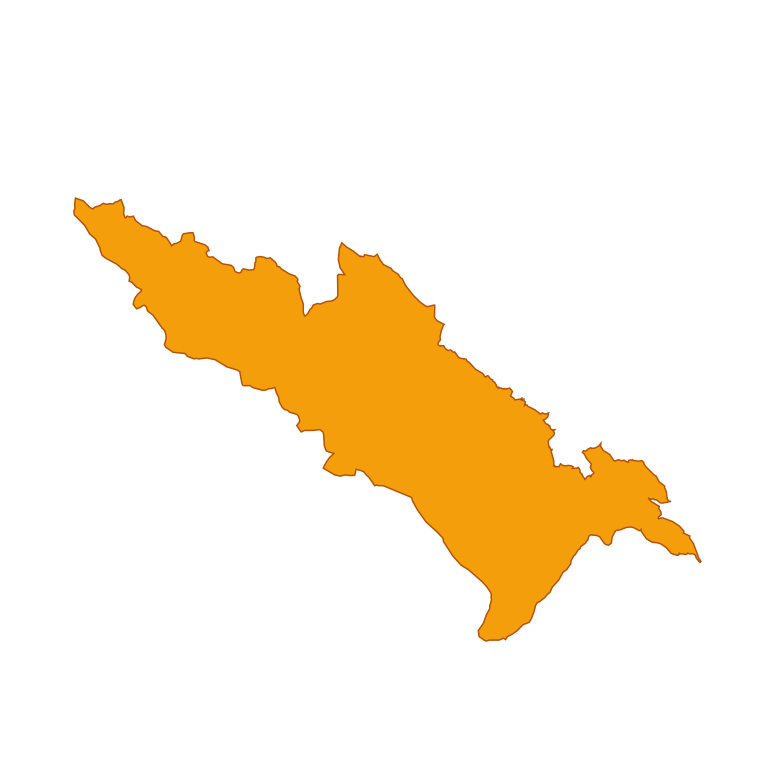 Toplita, Hunedoara, Romania (Robinson projection), rotated 45°
{"feature_id": "2599482B44400437971593", "entity_name": "Toplita", "entity_type": "district", "adm_level": 2, "iso_a3": "ROU", "parent_name": "Romania", "parent_adm1": "Hunedoara", "projection": "robinson", "projection_center": [22.735, 45.666], "detail": "fine", "context": "isolated", "style": "filled", "palette": "amber", "viewbox_px": 768, "rotation_deg": 45, "n_neighbors": 0, "source": "geoboundaries", "source_scale": "gbopen_adm2", "svg_char_len": 6137}
<svg xmlns="http://www.w3.org/2000/svg" viewBox="0 0 768 768"><g transform="rotate(45 384 384)"><path d="M625.1,491.8L629.9,495.4L637.1,494.0L638.3,493.1L639.5,490.7L646.4,483.8L648.4,479.1L650.7,478.8L649.9,475.3L651.5,470.3L652.6,464.4L652.5,456.1L655.2,449.7L654.1,445.6L650.8,438.4L647.8,433.5L647.0,430.3L647.9,427.9L648.7,421.1L648.3,417.4L648.6,413.6L646.6,408.6L646.2,399.1L643.7,390.7L644.4,385.9L643.2,379.2L641.2,376.7L639.6,370.7L639.9,369.4L638.6,363.9L639.0,361.8L638.1,359.9L639.0,353.9L638.3,352.5L638.5,350.2L636.5,347.0L636.7,344.7L641.5,340.7L644.5,339.5L652.1,340.9L654.4,340.7L656.9,339.0L657.2,335.7L653.5,330.8L651.5,323.9L654.5,319.3L656.7,314.2L659.3,310.9L661.9,309.1L668.2,307.2L668.7,306.7L668.6,305.1L669.8,306.2L679.2,307.9L685.6,306.2L689.7,302.9L692.9,301.3L699.5,300.1L707.0,300.7L712.3,297.9L713.1,296.9L712.4,295.0L713.4,295.2L714.6,293.5L717.6,291.4L718.5,290.0L718.2,289.0L720.5,287.9L722.0,285.9L724.8,284.8L728.0,286.3L733.2,286.8L733.6,286.5L733.4,285.2L730.1,284.7L715.8,278.1L708.7,276.8L707.8,275.2L701.2,277.7L700.2,276.0L693.4,275.6L685.1,277.3L676.3,281.3L674.3,283.2L673.7,285.0L673.0,285.1L672.1,283.9L672.3,280.3L670.4,278.7L666.2,277.8L665.3,275.9L655.9,278.2L651.3,277.7L654.5,276.7L655.7,274.6L656.9,274.6L658.8,273.2L663.4,272.7L665.3,271.1L670.0,264.0L668.5,265.3L665.9,265.2L659.3,260.3L655.5,258.7L654.5,257.7L647.8,258.6L641.3,256.7L639.7,257.3L627.8,257.3L623.9,256.6L623.0,255.7L620.4,255.9L618.8,258.4L614.2,261.8L613.1,261.9L613.1,262.4L611.1,264.5L611.5,266.2L612.1,266.4L611.5,267.1L607.5,268.2L606.3,270.4L603.3,271.7L602.0,274.9L600.6,275.7L593.5,274.2L585.9,275.9L581.0,274.8L579.3,272.6L579.7,275.8L578.6,279.9L576.3,282.8L575.4,282.7L574.4,285.3L574.0,289.0L572.3,290.0L572.5,292.0L575.2,291.9L579.7,293.4L586.7,293.9L587.4,294.3L588.9,297.1L592.1,298.2L594.9,298.2L595.5,298.8L595.0,302.2L596.5,303.5L594.6,303.0L594.0,303.5L593.2,305.5L593.5,309.4L588.6,308.3L588.2,307.7L585.0,307.8L583.7,306.5L580.5,305.5L579.7,307.3L576.9,310.4L576.3,308.8L574.3,309.3L571.8,311.3L570.3,313.5L567.9,315.2L565.2,315.6L566.2,318.5L563.6,321.5L562.5,321.1L562.1,321.9L558.1,318.1L549.1,313.0L549.5,311.7L548.9,311.4L548.3,312.6L545.6,311.3L545.2,311.9L541.2,308.9L540.2,307.5L540.2,299.9L539.0,298.1L537.1,297.7L537.1,295.6L535.6,297.4L533.5,298.0L530.5,296.3L530.1,297.1L528.5,296.6L526.6,297.7L522.0,296.7L523.0,294.5L523.0,291.4L520.9,288.0L519.9,290.2L518.6,291.7L516.3,292.4L515.9,294.7L509.0,295.5L501.3,298.1L500.3,297.7L498.7,298.4L498.6,299.8L496.8,296.7L495.4,297.0L493.5,295.8L493.5,297.6L493.0,297.8L491.5,296.4L491.2,297.9L491.6,298.4L490.8,298.6L487.8,302.7L485.4,302.3L482.1,303.1L480.1,298.4L475.9,298.0L473.3,301.9L472.1,302.2L471.9,303.2L470.0,303.8L468.7,305.1L467.6,305.1L467.9,305.8L465.1,306.2L464.7,305.5L460.9,304.5L458.9,305.1L458.1,304.3L455.6,305.1L452.4,304.6L451.3,304.8L450.7,307.5L446.2,306.8L438.2,308.9L428.6,308.5L426.9,309.0L424.4,308.4L419.7,311.9L417.6,312.4L411.4,311.3L410.6,312.4L406.9,312.9L405.6,315.1L402.1,315.6L399.2,314.8L396.8,316.9L396.9,317.5L394.4,318.0L393.1,316.5L392.7,313.1L390.1,310.8L387.0,306.0L384.6,300.9L384.5,299.3L376.6,301.8L372.6,301.2L364.2,292.4L363.7,292.6L360.0,298.7L357.3,299.7L350.7,300.6L341.9,300.6L329.6,299.1L322.3,296.6L320.5,297.2L316.6,296.4L309.4,297.8L307.6,297.1L299.1,300.0L293.2,298.9L287.4,297.1L287.0,300.9L278.8,306.3L279.5,307.9L279.3,308.8L276.9,310.2L277.0,310.8L268.0,311.8L260.9,313.6L254.4,314.0L256.4,319.4L263.8,328.4L270.9,332.9L278.9,334.4L274.3,338.7L274.5,340.2L289.0,354.3L289.4,355.4L289.4,359.2L288.3,362.3L285.2,366.1L282.4,372.5L280.1,374.0L278.1,378.2L279.0,380.5L279.0,383.8L280.4,388.3L280.3,391.5L279.6,392.0L276.4,390.5L270.4,384.5L263.9,381.4L256.7,376.8L255.5,374.2L250.0,372.9L249.6,371.4L248.7,370.7L244.9,370.5L238.9,373.2L229.9,375.2L227.6,375.0L225.0,376.4L223.6,375.3L221.3,374.7L214.3,375.2L212.5,378.1L209.4,379.3L206.2,381.5L204.2,384.5L204.2,385.4L206.7,387.9L207.0,389.4L210.0,393.1L211.0,395.1L208.4,398.6L203.1,402.0L202.8,403.3L203.8,406.3L203.3,407.6L202.2,408.6L199.1,409.8L195.1,407.9L192.1,408.1L184.6,413.4L173.1,415.1L171.0,417.7L169.1,418.5L165.7,417.3L165.1,415.4L165.9,413.4L162.7,411.8L158.9,412.2L149.4,417.0L148.1,416.8L146.6,414.6L142.1,412.1L139.9,414.2L136.0,419.5L136.1,421.2L139.3,426.8L137.8,431.4L136.3,433.3L136.1,436.3L126.8,434.3L125.5,434.5L123.2,436.1L116.7,435.4L113.5,437.8L104.9,440.4L101.1,443.1L92.7,444.1L88.1,442.5L86.2,445.7L83.7,446.9L83.9,449.1L83.3,449.5L79.7,447.9L75.4,443.1L67.9,439.6L67.2,440.3L66.8,442.8L65.3,445.4L64.9,448.4L62.3,450.6L60.8,453.2L57.7,454.7L57.0,458.5L54.4,463.7L54.4,466.1L51.3,467.1L41.9,467.1L34.4,470.7L38.3,475.8L41.5,478.6L42.4,481.1L45.5,483.4L60.4,483.5L69.8,486.0L77.4,485.4L87.2,488.8L88.9,490.2L93.6,492.3L97.9,491.9L110.4,488.2L117.3,487.7L120.7,486.6L126.0,486.9L128.8,488.4L131.0,491.5L133.8,490.4L140.3,490.5L145.8,488.7L146.6,490.2L146.4,495.3L147.1,499.2L149.0,503.3L150.5,505.1L155.9,505.8L157.2,502.9L158.3,498.4L159.2,497.7L161.6,497.6L165.2,499.6L171.8,498.6L187.9,501.4L190.8,501.2L194.4,503.0L197.6,505.5L200.9,511.5L203.9,512.3L212.4,510.7L221.7,503.2L225.6,503.4L231.9,500.5L233.6,498.2L235.1,497.5L240.3,490.9L247.4,486.2L260.8,483.0L269.9,478.1L273.2,477.2L282.1,483.4L284.6,484.8L285.7,484.6L290.4,479.9L294.0,479.2L302.7,474.2L304.8,471.7L305.4,469.5L307.9,466.4L309.2,463.7L314.5,466.5L318.9,467.9L322.6,470.7L328.4,472.5L331.6,472.4L334.5,470.8L337.2,470.7L343.9,467.1L346.4,467.3L350.4,469.5L351.2,471.2L351.7,475.1L359.3,476.5L360.7,473.0L366.8,466.8L370.2,462.4L371.3,461.5L374.9,461.1L377.5,462.8L385.1,469.6L389.0,471.6L390.9,472.1L397.6,468.6L397.5,474.5L398.5,480.2L400.5,486.5L413.5,483.1L418.4,479.9L420.6,476.0L424.6,472.9L427.9,469.3L424.6,464.1L429.3,461.3L432.1,460.3L435.9,460.9L439.2,460.6L449.4,462.5L450.2,460.6L451.1,460.5L455.5,456.4L483.8,444.7L487.1,446.6L496.8,449.4L511.3,451.8L525.5,451.1L534.7,451.3L537.6,453.4L554.1,456.9L566.8,457.6L575.1,455.6L593.1,454.4L600.1,454.7L606.7,456.0L609.4,457.4L610.3,459.0L612.7,460.7L615.6,466.1L617.6,468.1L619.7,475.0L623.4,482.8L625.1,491.8Z" fill="#f59e0b" stroke="#b45309" stroke-width="1.5"/></g></svg>